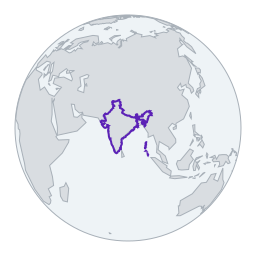 India on an orthographic globe
{"feature_id": "IND", "entity_name": "India", "entity_type": "country or territory", "adm_level": 0, "iso_a3": "IND", "parent_name": "Asia", "parent_adm1": "", "projection": "orthographic", "projection_center": [83.514, 21.122], "detail": "fine", "context": "on_globe", "style": "outline", "palette": "violet", "viewbox_px": 256, "rotation_deg": 0, "n_neighbors": 0, "source": "natural_earth", "source_scale": "50m", "svg_char_len": 15718}
<svg xmlns="http://www.w3.org/2000/svg" viewBox="0 0 256 256"><circle cx="128" cy="128" r="113" fill="#eef3f6" stroke="#a8b0b8"/><path d="M169.0,23.1L170.4,23.7L175.4,25.9L171.9,24.4L183.6,30.2L188.9,33.8L181.0,28.8L178.6,27.7L181.3,29.5L179.5,28.8L179.7,29.3L177.3,28.4L172.9,26.0L171.2,25.4L173.2,26.8L172.0,27.0L169.4,25.0L167.1,25.3L159.2,22.0L154.1,18.8L147.7,17.4L139.3,15.9L149.4,17.4L159.3,19.8L169.0,23.1ZM136.5,15.7L136.3,15.7L135.7,15.6L136.5,15.7ZM126.6,15.4L126.4,15.4L128.0,15.4L127.9,15.5L126.4,15.5L124.7,15.4L125.2,15.4L123.9,15.4L126.6,15.4ZM123.4,15.5L123.0,15.5L122.4,15.5L123.4,15.5ZM120.8,15.6L120.6,15.6L117.2,15.9L120.8,15.6ZM179.5,27.9L177.8,27.0L180.1,28.2L179.5,27.9ZM180.2,29.6L181.2,30.1L180.9,30.2L180.2,29.6ZM177.0,29.0L176.1,29.2L176.2,28.6L177.0,29.0ZM175.1,29.0L173.2,29.7L175.3,30.8L168.2,28.3L172.2,28.3L171.9,27.3L173.4,28.4L175.1,29.0ZM129.2,15.4L127.4,15.4L130.3,15.4L129.2,15.4ZM131.0,15.4L139.9,16.0L141.7,16.3L138.4,15.9L141.9,16.5L138.4,16.3L135.7,16.0L135.2,15.8L134.2,15.9L131.0,15.4ZM164.5,26.9L163.4,26.8L163.7,26.5L164.5,26.9ZM128.1,15.5L129.8,15.5L131.5,15.7L128.5,15.8L128.9,15.7L128.1,15.5ZM144.5,16.8L145.2,17.1L142.6,17.0L138.4,16.4L144.5,16.8ZM127.7,15.6L126.9,15.8L124.7,15.8L126.7,15.5L127.7,15.6ZM133.2,15.8L133.8,15.9L132.5,15.8L133.2,15.8ZM116.5,16.4L118.4,16.1L119.5,16.2L116.5,16.4ZM126.8,15.9L127.5,15.9L128.2,16.0L127.2,16.1L126.8,15.9ZM136.9,16.4L135.6,16.4L138.4,16.8L136.5,16.9L134.2,16.3L134.4,16.6L133.8,16.7L132.5,16.2L136.9,16.4ZM128.1,16.5L124.4,16.2L120.6,16.5L119.6,16.4L125.9,16.0L128.1,16.5ZM130.8,16.4L128.9,16.4L128.6,16.2L129.7,16.0L130.8,16.4ZM136.1,17.2L139.6,17.1L140.0,17.3L136.1,17.2ZM127.1,16.6L128.0,16.7L126.8,16.7L127.1,16.6ZM133.4,17.0L134.6,16.9L135.0,17.1L133.4,17.0ZM128.8,17.1L127.6,16.9L128.3,16.7L128.8,17.1ZM131.0,17.1L131.3,17.3L129.3,16.8L131.4,17.0L131.0,17.1ZM133.6,17.2L134.3,17.2L133.1,17.2L133.6,17.2ZM126.8,18.0L124.1,17.4L125.7,16.9L128.1,17.5L126.8,18.0ZM25.9,80.3L36.6,66.9L36.2,70.0L41.9,73.1L42.1,74.7L38.4,79.3L40.2,90.2L44.5,87.0L49.2,94.3L54.3,96.4L61.5,87.3L53.2,83.5L54.8,78.1L63.9,77.1L71.6,80.9L72.5,79.0L70.2,72.9L74.5,70.5L69.6,70.6L69.7,73.0L66.6,73.3L66.4,71.2L68.0,70.3L66.4,68.6L59.4,73.7L58.7,76.7L52.9,75.2L51.2,80.1L48.7,81.5L50.7,73.6L52.5,71.4L54.0,62.3L51.5,64.4L50.0,73.3L49.3,72.1L46.0,75.6L48.0,72.0L50.4,62.2L46.9,61.2L37.9,67.7L36.8,67.0L38.0,63.6L45.8,54.8L47.3,57.6L50.1,55.0L53.7,50.0L53.8,51.4L55.5,49.9L56.5,50.9L61.6,48.7L63.2,49.6L68.9,45.5L70.5,45.5L66.7,47.8L64.8,50.1L69.2,52.9L71.1,52.5L74.5,49.8L75.2,51.1L77.9,48.1L82.2,48.8L79.3,45.6L83.2,42.8L87.7,41.7L88.5,40.4L81.0,42.2L78.5,43.6L77.2,45.6L69.9,49.4L67.6,49.2L73.2,43.5L70.6,42.8L76.1,39.0L93.0,35.4L98.1,36.0L98.9,42.4L95.5,43.7L93.6,41.8L92.0,46.0L93.7,44.4L94.4,45.7L98.3,43.8L98.9,44.7L101.5,41.5L102.7,42.4L101.0,44.3L107.8,42.7L111.3,44.2L112.6,43.4L112.9,42.2L117.1,45.1L117.8,44.5L116.7,43.3L117.4,41.3L120.3,39.0L121.6,40.1L120.7,41.1L120.9,45.0L118.4,47.7L119.2,48.0L121.7,45.9L121.5,41.1L122.9,39.4L123.5,41.6L123.4,40.7L124.5,40.2L126.8,40.9L126.3,38.6L136.5,33.4L142.0,34.7L141.4,36.9L149.9,35.6L155.4,37.8L154.4,36.5L157.8,35.5L156.1,34.8L155.8,34.1L163.7,32.1L166.6,32.7L168.8,31.1L168.3,30.6L166.3,29.9L168.2,28.3L175.3,30.8L176.2,31.9L180.1,33.1L181.5,35.5L184.4,38.2L183.7,40.7L186.1,42.9L187.4,43.2L191.6,46.7L195.9,53.7L186.8,46.8L179.3,37.7L181.9,41.1L179.6,40.1L179.6,41.3L181.5,44.0L182.8,44.4L177.5,48.8L179.0,56.8L182.9,55.9L186.4,58.2L191.5,68.2L188.2,83.2L192.8,87.7L193.8,90.9L191.4,93.2L189.8,88.5L186.4,87.2L185.9,84.4L181.4,87.1L180.5,83.3L177.5,87.5L179.8,90.4L184.1,89.2L181.8,94.9L187.5,99.9L189.3,106.4L183.6,118.9L176.1,123.3L175.8,125.4L172.2,123.3L168.3,127.8L175.7,139.1L175.8,142.6L169.1,149.6L168.8,147.1L159.3,141.5L158.1,149.7L165.3,156.0L167.8,163.6L162.5,161.5L159.9,154.8L156.6,152.6L157.0,145.5L153.4,135.1L148.1,137.3L148.1,133.0L142.3,124.4L134.3,127.2L122.0,138.2L120.9,149.0L116.4,153.4L109.2,137.5L108.2,126.9L104.2,127.5L98.0,117.9L83.3,115.2L82.5,112.2L79.4,113.0L75.2,109.3L74.4,104.5L71.3,104.1L73.9,116.8L77.4,117.3L82.0,113.6L81.9,117.9L86.1,122.5L77.1,131.0L57.3,135.3L57.4,127.1L53.1,102.1L54.4,99.9L54.5,99.6L54.5,99.1L52.0,102.5L52.0,97.8L52.1,114.5L51.2,121.2L57.0,135.7L55.9,136.7L58.4,140.0L69.0,139.6L68.6,142.3L62.3,153.1L49.6,165.5L52.5,176.8L53.6,185.5L48.3,188.8L51.5,195.7L49.2,196.7L50.9,200.3L50.5,203.0L49.0,204.6L43.4,201.1L40.9,197.6L34.8,189.2L25.5,170.2L24.6,163.6L23.1,157.2L19.4,140.7L20.0,133.7L19.6,129.7L18.3,128.9L18.0,124.1L17.5,123.0L15.7,119.0L15.8,118.4L16.7,110.6L18.2,102.8L20.3,95.1L22.8,87.6L25.9,80.3ZM29.4,76.0L28.3,77.8L29.4,76.0ZM77.7,90.5L83.7,92.6L84.6,85.7L87.0,86.0L86.5,83.7L84.7,85.2L83.9,79.0L87.8,78.0L88.9,75.3L87.0,74.5L79.9,77.3L81.0,86.0L78.1,88.2L77.7,90.5ZM63.6,41.4L62.7,42.7L60.5,44.1L58.5,43.9L61.7,41.8L63.6,41.4ZM61.9,44.5L68.0,39.3L69.5,39.6L67.6,40.2L68.0,40.9L65.1,42.3L60.5,47.9L58.2,49.5L55.8,47.6L57.9,47.2L58.7,45.7L61.9,44.5ZM81.1,28.6L83.7,27.2L83.4,29.4L81.0,30.6L78.9,30.2L80.5,28.6L81.1,28.6ZM113.8,16.3L113.3,16.3L112.4,16.4L113.8,16.3ZM110.4,16.7L111.4,16.6L116.5,16.0L122.9,15.5L124.2,15.6L123.5,15.8L122.2,16.0L121.7,15.8L120.3,16.1L118.6,16.0L117.3,16.2L108.3,17.2L109.0,17.0L102.8,18.3L102.4,18.3L110.4,16.7ZM114.2,22.5L114.2,21.5L111.0,23.5L109.3,22.8L109.1,23.1L106.6,23.1L103.2,23.7L102.9,23.3L101.7,23.8L100.0,23.9L98.3,24.4L97.1,23.9L94.8,24.6L95.5,24.0L92.0,25.3L94.1,24.2L92.2,24.5L91.2,25.4L88.9,23.2L86.4,23.6L83.1,24.8L87.1,23.1L92.7,21.1L98.5,19.5L100.4,19.6L101.8,19.0L103.2,18.9L101.5,19.4L104.9,18.6L105.5,18.7L110.7,18.3L115.3,17.4L117.3,17.4L115.8,17.8L118.8,17.5L117.4,18.3L118.8,18.4L118.8,19.4L115.1,20.4L117.0,20.4L117.1,21.4L114.2,22.5ZM126.6,18.3L122.7,19.3L119.8,19.5L121.0,17.7L119.9,17.5L120.6,16.6L124.8,16.4L124.2,16.6L124.6,16.8L123.2,16.8L124.6,17.0L123.9,17.4L124.8,17.7L123.3,17.9L126.6,18.3ZM44.2,73.6L44.8,74.3L46.0,74.9L43.9,77.3L44.2,73.6ZM45.7,66.9L46.4,67.0L44.1,70.4L43.6,69.7L45.7,66.9ZM48.8,64.4L46.6,66.8L47.5,65.1L48.8,64.4ZM67.5,47.9L68.6,48.1L67.9,48.8L66.5,49.6L67.5,47.9ZM104.4,29.4L104.9,28.5L105.7,28.4L108.6,26.8L110.1,27.3L109.0,28.5L104.4,29.4ZM59.0,88.4L56.4,89.6L56.1,88.4L57.1,88.2L59.0,88.4ZM48.9,83.3L50.3,85.7L48.4,83.9L48.9,83.3ZM106.6,29.7L107.6,28.9L107.7,29.7L106.6,29.7ZM111.4,27.6L111.9,28.4L110.7,27.2L111.4,27.6ZM109.3,232.8L111.3,233.7L109.5,233.6L109.3,232.8ZM68.7,188.4L67.4,201.9L63.1,200.8L60.5,196.2L59.8,187.6L64.2,186.3L65.9,182.7L68.7,188.4ZM192.4,178.1L195.2,178.0L195.0,178.5L192.4,178.1ZM189.6,176.9L192.8,176.5L189.0,178.0L189.6,176.9ZM194.1,176.4L197.3,174.9L198.8,173.9L198.4,174.9L194.1,176.4ZM187.4,177.3L174.8,178.7L169.6,177.9L170.9,176.1L179.2,175.7L187.4,177.3ZM170.5,176.1L162.6,171.7L150.9,157.5L155.1,157.6L167.1,165.9L166.4,167.5L171.2,171.0L170.5,176.1ZM189.4,164.7L188.6,169.5L181.7,170.0L178.6,169.6L176.4,163.9L177.6,160.7L180.3,160.5L189.9,148.9L193.4,150.9L190.6,155.7L193.4,159.4L189.4,164.7ZM121.5,150.0L124.3,156.4L121.8,157.4L121.5,150.0ZM193.4,141.0L189.8,146.1L192.9,139.5L193.4,141.0ZM194.9,134.8L195.4,137.2L193.6,135.1L194.9,134.8ZM176.2,128.7L173.4,129.5L173.1,127.8L176.5,125.8L176.2,128.7ZM190.7,112.0L191.4,116.9L191.2,118.7L189.6,115.9L190.7,112.0ZM120.9,35.3L115.1,36.8L111.9,38.7L111.7,40.9L109.5,38.7L114.4,35.7L120.9,35.3ZM134.5,33.4L134.6,31.9L136.2,32.3L136.4,32.8L134.5,33.4ZM133.4,32.6L130.5,31.2L131.7,30.2L133.7,31.5L133.4,32.6ZM118.4,29.9L116.5,30.2L116.5,29.5L118.4,29.9ZM200.4,214.0L202.9,211.3L205.0,209.8L202.0,212.7L200.4,214.0ZM199.2,206.1L180.2,215.7L176.7,215.7L178.9,213.0L178.3,205.9L179.6,205.8L180.4,200.6L192.3,193.8L201.3,183.0L206.4,182.3L211.2,174.5L216.0,173.5L213.7,179.3L217.7,181.2L222.9,168.0L222.8,179.6L224.0,182.6L221.4,189.7L210.0,204.7L205.8,208.6L206.1,207.8L204.1,209.6L202.5,210.1L203.9,206.7L201.8,208.5L204.8,205.0L201.3,208.4L201.5,206.3L199.2,206.1ZM231.9,171.5L232.3,170.4L232.3,170.5L231.9,171.5ZM235.8,160.8L235.7,161.0L236.2,159.5L235.8,160.7L235.8,160.8ZM236.3,155.9L236.6,155.0L236.6,155.4L236.3,155.9ZM199.2,177.3L203.2,173.0L205.2,172.3L199.2,177.3ZM236.3,154.8L235.8,155.2L236.0,154.4L236.3,154.8ZM236.5,153.1L236.6,152.2L236.6,154.2L236.5,153.1ZM235.8,151.9L236.3,153.0L235.7,152.2L235.8,151.9ZM235.4,152.5L235.0,152.2L235.0,151.8L235.4,152.5ZM228.1,158.3L230.1,162.8L228.0,163.7L225.9,161.3L223.4,165.6L218.3,166.9L219.7,164.4L219.2,161.4L213.4,161.8L212.2,160.0L214.5,158.0L210.4,157.4L214.9,155.3L216.5,159.2L219.0,155.0L222.9,154.6L226.4,154.7L228.8,156.7L228.1,158.3ZM214.5,164.9L215.3,164.7L214.5,166.1L214.5,164.9ZM234.1,150.6L234.7,152.1L234.6,152.7L234.2,152.7L234.1,150.6ZM229.4,155.7L232.2,150.8L232.7,150.5L230.8,155.5L229.4,155.7ZM231.7,148.8L232.8,148.6L233.3,150.3L233.0,151.0L231.7,148.8ZM205.4,163.1L205.2,164.4L203.9,163.7L205.4,163.1ZM207.0,162.1L210.6,162.5L206.7,163.2L207.0,162.1ZM195.3,160.1L196.4,162.8L200.1,160.3L197.3,163.5L199.6,167.7L198.7,169.7L196.4,165.0L195.3,170.4L193.7,170.6L192.9,166.2L194.7,160.4L196.4,157.8L202.9,155.7L195.3,160.1ZM207.1,158.6L206.1,155.4L206.8,153.0L207.9,154.5L207.1,158.6ZM202.8,147.9L199.9,144.4L197.4,146.4L202.1,140.0L204.3,144.3L202.8,147.9ZM199.9,139.6L197.7,141.4L199.8,137.8L199.9,139.6ZM196.9,140.2L196.4,137.5L198.3,137.5L196.9,140.2ZM201.2,139.5L201.2,134.8L202.4,137.3L201.2,139.5ZM194.9,131.5L199.5,135.3L194.0,134.3L192.6,125.3L194.8,124.7L194.9,131.5ZM200.1,93.4L198.9,91.0L200.6,90.1L200.9,92.0L200.1,93.4ZM205.0,85.7L200.6,89.1L196.9,92.2L198.6,93.1L198.8,97.5L195.6,93.9L197.4,88.7L200.4,87.2L199.8,83.7L201.3,80.9L199.2,76.8L199.6,74.7L202.3,78.1L205.0,85.7ZM198.2,75.1L195.2,67.9L198.9,68.2L200.4,69.9L200.3,72.9L198.3,72.5L198.2,75.1ZM195.6,66.3L193.7,66.0L185.2,56.5L184.3,54.7L192.8,61.6L191.4,61.7L192.8,64.1L195.6,66.3ZM164.3,27.4L163.5,26.9L164.7,27.2L164.3,27.4ZM154.8,33.8L154.7,33.0L156.2,33.3L154.8,33.8ZM155.2,31.0L153.6,31.2L154.7,30.5L155.2,31.0ZM150.1,31.9L152.7,31.1L151.0,32.5L150.1,31.9Z" fill="#d9dde1" stroke="#a8b0b8" stroke-width="1"/><path d="M100.7,121.3L101.1,121.2L101.7,121.2L101.8,120.6L102.0,120.6L103.2,120.7L103.6,121.0L104.0,120.9L104.9,120.6L105.0,120.6L105.0,120.9L105.2,121.0L105.9,120.7L105.8,120.3L105.9,120.1L105.4,118.6L105.4,118.2L104.7,118.0L104.5,117.6L104.7,116.4L103.7,115.9L103.8,115.2L104.5,114.5L105.0,113.8L105.4,113.5L105.8,113.7L105.9,114.1L106.0,114.2L107.9,113.8L108.1,113.4L108.4,113.1L108.9,112.4L109.9,111.9L110.5,110.9L110.8,110.2L111.6,109.9L111.8,109.7L111.8,109.3L112.6,108.4L113.1,108.2L112.9,107.9L113.1,107.4L113.0,106.9L113.1,106.7L114.4,106.0L114.3,105.7L113.4,105.4L113.4,104.9L112.9,104.8L112.9,104.4L112.4,104.0L112.7,103.4L112.5,103.0L113.0,102.6L112.4,102.3L112.6,102.0L112.3,101.7L112.6,101.2L113.2,101.0L115.4,101.6L116.0,101.3L116.8,101.2L117.5,100.8L117.6,100.6L118.9,99.9L119.3,99.9L119.2,100.4L119.6,101.6L120.2,101.8L120.6,102.2L120.6,102.4L120.2,102.8L120.3,103.7L120.8,104.4L120.7,104.6L120.9,104.8L120.9,105.7L120.4,105.9L120.0,105.5L119.5,105.6L119.7,106.2L120.0,106.7L120.0,107.1L120.1,107.4L120.0,107.6L120.0,107.9L120.4,107.9L120.5,107.8L121.2,108.6L121.7,108.7L122.3,109.0L122.4,109.5L123.2,109.8L123.7,110.3L122.7,111.1L122.4,111.7L122.4,112.1L122.1,112.5L122.1,112.8L122.7,113.3L123.0,113.2L125.1,114.8L125.3,114.7L126.2,115.1L126.5,115.1L126.6,115.4L127.6,115.7L127.9,115.6L128.6,115.7L129.0,115.5L129.9,115.9L130.1,116.4L130.8,116.7L131.0,116.9L131.6,116.8L131.8,116.9L132.0,117.2L132.4,117.1L133.6,117.5L134.2,117.3L134.3,117.5L134.6,117.6L134.9,117.5L135.6,117.5L135.9,117.6L136.2,116.9L135.8,116.1L136.1,114.9L136.0,114.6L136.8,114.2L137.2,114.3L137.3,114.6L137.1,115.3L137.4,115.7L137.1,116.0L137.4,116.4L137.9,116.6L138.2,116.6L139.0,116.8L139.6,116.7L140.0,116.4L140.6,116.6L141.6,116.5L141.8,116.4L142.3,116.5L142.8,116.4L142.9,116.2L142.8,115.9L142.9,115.5L142.7,115.2L142.3,115.2L142.0,115.0L142.1,114.6L142.7,114.6L142.9,114.5L143.6,114.3L143.9,114.1L143.8,113.9L144.4,113.4L144.7,112.8L145.6,112.5L145.9,112.2L146.0,112.0L146.9,111.3L147.2,111.5L148.3,111.7L148.4,111.4L149.3,110.9L149.6,111.2L149.8,111.2L149.5,111.5L149.5,111.9L150.0,111.6L150.3,112.1L149.9,112.8L150.1,112.9L150.4,112.7L150.7,112.8L151.2,112.8L151.7,113.1L151.8,113.6L151.1,114.3L151.6,115.2L151.3,115.2L150.9,114.9L150.0,115.1L148.3,116.5L148.2,117.0L148.4,117.6L148.1,118.3L147.5,119.1L147.5,119.3L147.8,119.6L147.2,121.1L147.0,122.0L146.2,121.7L145.8,121.8L145.5,121.7L145.7,122.4L145.7,123.5L145.4,123.7L145.3,124.3L145.5,125.3L145.3,125.4L145.1,125.8L144.7,125.5L144.5,125.8L144.2,124.5L144.0,124.0L143.7,122.5L143.1,122.6L143.1,122.9L142.8,123.4L142.8,123.8L142.6,124.0L142.4,123.9L142.3,123.6L142.2,123.6L142.2,123.8L141.7,122.8L141.8,122.2L142.1,121.8L142.9,121.6L143.1,121.2L143.3,121.1L143.5,120.2L143.9,120.2L143.1,119.6L140.3,119.8L139.2,119.6L139.1,118.3L138.8,117.8L138.7,117.9L138.6,118.2L138.3,118.2L138.0,118.0L137.7,117.5L137.6,117.8L137.4,117.8L137.1,117.7L137.0,117.4L136.5,117.2L136.5,117.3L136.7,117.6L136.2,118.1L136.1,118.5L136.8,119.2L137.3,119.3L137.7,119.7L137.4,119.9L136.8,119.9L136.6,120.5L136.3,120.4L136.1,121.0L136.3,121.3L137.3,121.7L137.3,122.2L137.1,122.8L137.4,123.3L137.4,123.7L137.8,123.8L137.6,124.1L138.1,125.6L138.0,126.2L137.9,126.2L138.1,126.8L137.8,126.8L137.7,126.6L137.6,126.9L137.4,126.6L137.5,126.1L137.3,125.9L137.3,126.8L137.0,126.9L136.7,126.6L136.7,126.9L136.4,126.9L136.5,125.9L136.1,125.6L136.0,125.4L136.1,125.7L136.5,125.9L136.1,126.5L135.6,126.9L134.6,127.2L134.1,127.7L134.1,128.0L134.4,128.8L134.0,129.5L133.5,129.8L133.3,130.1L133.0,130.1L133.0,130.4L131.8,130.8L131.7,130.8L131.8,130.7L131.7,130.4L131.2,130.7L131.1,131.0L131.4,130.8L131.6,130.9L130.3,131.9L129.1,133.6L128.3,134.0L127.4,134.9L125.8,135.9L125.7,136.2L125.8,136.5L125.6,137.0L124.7,137.4L123.8,137.4L123.2,138.5L122.9,138.5L122.8,138.3L122.6,138.2L121.9,138.6L121.5,139.3L121.4,139.8L121.7,141.0L121.5,141.5L121.9,142.9L121.6,142.5L121.4,142.7L121.9,143.2L121.7,144.5L121.0,145.8L120.8,146.6L120.8,146.8L120.6,147.1L120.8,147.1L120.9,147.3L120.9,149.0L120.3,149.0L119.9,149.1L119.8,149.6L119.1,150.4L119.1,150.7L119.3,150.9L120.0,151.2L119.2,151.0L118.1,151.3L117.7,151.7L117.4,152.7L116.4,153.2L115.5,152.7L114.5,151.5L114.1,150.5L114.0,149.5L114.2,150.3L114.4,150.3L114.2,149.6L113.9,149.2L113.0,146.7L112.7,146.0L112.1,145.3L111.6,144.3L111.3,143.3L111.2,142.1L110.7,140.5L109.9,139.3L109.7,138.7L109.9,138.7L109.6,138.3L109.8,138.2L109.5,138.1L108.9,136.5L108.7,134.2L108.3,132.2L108.6,131.5L108.5,131.2L108.3,131.6L108.2,131.3L108.3,130.9L108.6,131.0L108.2,130.8L108.3,130.5L108.1,130.4L108.1,129.9L108.6,128.2L108.5,127.4L108.3,127.2L108.2,126.8L108.4,126.6L108.2,126.7L109.1,126.1L108.1,126.2L108.2,125.8L108.4,125.7L108.1,125.6L108.2,125.3L108.6,125.2L107.5,125.0L107.7,125.4L107.2,125.9L107.5,126.1L107.5,126.5L107.1,127.2L105.2,127.9L104.7,127.8L104.3,127.6L103.5,126.8L102.2,125.1L101.8,124.5L102.0,124.2L102.4,124.6L104.0,124.1L104.7,123.3L104.6,123.2L104.4,123.4L104.0,123.4L103.1,123.7L102.4,123.5L101.4,122.7L101.1,121.9L101.8,121.4L100.8,121.8L100.7,121.3ZM145.7,146.2L145.3,145.6L145.5,145.0L145.7,144.9L145.6,144.3L145.8,142.7L145.9,142.4L146.2,142.3L146.2,142.6L146.2,142.9L145.9,143.5L146.0,143.7L146.1,144.3L145.9,144.5L145.9,144.9L145.7,145.4L145.8,145.6L145.7,146.2ZM148.2,154.9L148.0,155.3L147.7,154.8L147.7,154.5L148.0,154.4L148.2,154.9ZM145.3,148.2L145.0,148.2L145.0,147.8L145.3,147.5L145.4,147.9L145.3,148.2ZM147.2,153.2L147.1,152.9L147.2,153.2ZM147.4,152.9L147.3,152.5L147.4,152.9ZM147.8,154.2L147.6,154.4L147.7,154.1L147.8,154.2ZM146.0,150.8L145.8,150.8L145.9,150.7L146.0,150.8ZM145.6,146.5L145.4,146.5L145.5,146.3L145.6,146.5ZM146.2,145.2L146.3,145.5L146.1,145.3L146.2,145.2ZM146.6,152.3L146.7,152.6L146.6,152.3ZM145.6,143.5L145.5,143.8L145.5,143.5L145.6,143.5Z" fill="none" stroke="#5b21b6" stroke-width="2"/></svg>